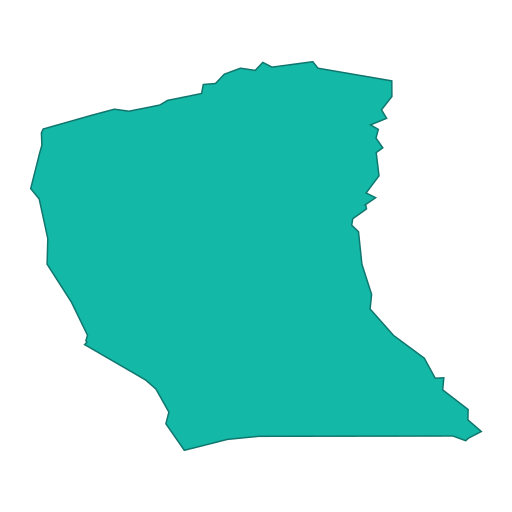 Cumberland, North Carolina, United States of America (Natural Earth projection)
{"feature_id": "52423323B14263080963128", "entity_name": "Cumberland", "entity_type": "district", "adm_level": 2, "iso_a3": "USA", "parent_name": "United States of America", "parent_adm1": "North Carolina", "projection": "natural_earth1", "projection_center": [-78.796, 35.051], "detail": "fine", "context": "isolated", "style": "filled", "palette": "teal", "viewbox_px": 512, "rotation_deg": 0, "n_neighbors": 0, "source": "geoboundaries", "source_scale": "gbopen_adm2", "svg_char_len": 1075}
<svg xmlns="http://www.w3.org/2000/svg" viewBox="0 0 512 512"><path d="M41.9,145.1L40.7,149.4L39.6,153.2L30.7,188.6L39.2,199.0L47.8,238.6L47.1,264.2L71.4,302.1L87.5,335.2L85.9,340.7L86.9,342.3L85.0,344.2L84.6,344.6L145.6,380.0L155.9,389.0L168.3,411.1L168.6,411.4L168.7,411.5L168.7,411.9L168.8,412.1L168.8,412.4L165.9,423.8L184.3,450.3L227.4,439.4L258.9,436.3L452.9,436.0L465.7,440.7L466.0,440.5L468.7,438.0L481.3,431.5L467.9,419.9L468.1,409.5L442.7,389.9L443.8,377.8L435.2,378.2L424.3,358.2L393.6,335.5L370.1,309.0L371.6,294.4L361.9,264.2L358.5,231.8L351.7,225.2L352.8,218.7L366.1,209.2L366.5,208.8L366.5,208.4L366.3,207.7L366.0,206.1L365.8,205.7L365.6,205.2L365.0,205.0L375.6,197.7L366.1,193.0L379.0,175.8L376.2,152.6L382.8,147.8L376.0,138.1L378.3,129.4L370.5,124.9L386.6,118.3L381.5,109.8L391.9,96.5L391.8,80.9L318.0,68.2L312.8,61.7L271.9,67.1L262.8,62.4L255.2,70.4L240.5,68.2L224.3,74.2L215.5,83.5L203.3,84.5L201.6,93.5L167.5,100.4L159.9,105.0L129.0,111.2L114.4,109.2L93.3,114.8L43.2,129.0L41.4,133.0L41.9,145.1Z" fill="#14b8a6" stroke="#0f766e" stroke-width="1.5"/></svg>